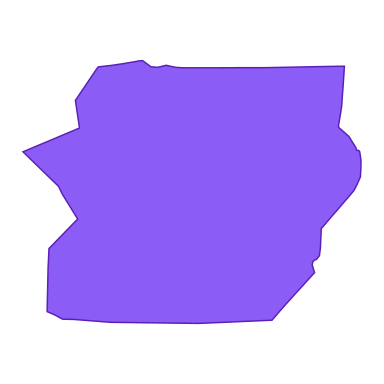 outline of Um Kadadah, North Darfur, Sudan
{"feature_id": "16777658B38169285241768", "entity_name": "Um Kadadah", "entity_type": "district", "adm_level": 2, "iso_a3": "SDN", "parent_name": "Sudan", "parent_adm1": "North Darfur", "projection": "orthographic", "projection_center": [27.208, 13.486], "detail": "fine", "context": "isolated", "style": "filled", "palette": "violet", "viewbox_px": 384, "rotation_deg": 0, "n_neighbors": 0, "source": "geoboundaries", "source_scale": "gbopen_adm2", "svg_char_len": 1580}
<svg xmlns="http://www.w3.org/2000/svg" viewBox="0 0 384 384"><path d="M261.9,67.7L238.2,67.7L216.2,67.8L182.4,67.8L175.5,67.3L166.2,65.3L157.8,67.3L151.0,66.8L142.6,60.6L138.8,60.9L133.7,61.9L121.6,63.9L112.1,65.3L98.2,66.9L96.6,69.0L75.4,100.4L79.5,128.0L23.0,151.8L42.6,170.9L58.5,186.3L62.5,194.5L77.7,219.0L49.0,248.5L48.1,267.3L47.1,311.6L54.7,314.9L61.3,318.5L62.7,319.2L73.3,319.4L110.5,322.3L198.5,323.4L224.3,322.3L272.0,320.2L272.4,319.7L273.3,318.7L280.4,310.4L281.2,309.6L284.9,305.3L285.3,304.8L286.6,303.4L293.9,295.4L294.2,295.0L296.7,292.2L306.5,281.5L309.9,277.7L311.0,276.5L312.4,275.0L314.6,272.6L314.2,271.4L314.0,270.7L313.7,269.9L312.4,265.5L312.1,264.5L312.4,263.7L312.6,263.0L313.2,261.0L315.8,259.6L316.6,259.2L317.3,258.4L318.0,257.5L319.4,255.7L320.0,251.2L320.5,247.3L320.5,246.2L320.9,236.9L321.1,232.0L321.2,228.7L322.8,226.8L324.6,224.7L328.1,220.6L335.0,212.6L336.9,210.5L346.2,199.6L346.3,199.5L350.8,194.3L354.1,190.3L354.4,189.7L356.0,186.6L356.8,185.1L358.3,181.7L360.4,176.9L360.7,171.7L360.9,167.9L360.9,165.2L361.0,162.5L361.0,161.7L360.9,160.2L360.9,159.7L360.2,154.9L359.7,151.7L359.4,151.2L359.0,150.7L358.6,150.5L358.3,150.4L358.1,150.4L357.7,150.4L357.2,150.4L356.8,150.3L356.5,149.8L356.5,149.5L355.9,148.0L355.6,147.3L354.8,145.9L354.5,145.4L353.4,143.7L348.9,136.4L346.7,134.5L338.7,127.4L338.5,127.2L338.7,125.9L338.5,125.7L340.6,113.2L341.0,110.4L341.3,108.6L341.7,106.2L342.4,95.5L342.7,91.5L342.9,89.2L344.0,72.6L344.1,71.0L344.4,66.2L330.4,66.4L263.5,67.7L261.9,67.7Z" fill="#8b5cf6" stroke="#5b21b6" stroke-width="1.5"/></svg>